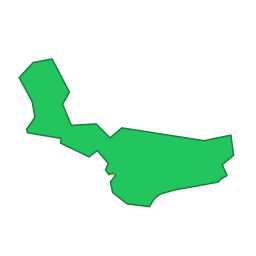 the district of Panyikang, Upper Nile, South Sudan, rotated 170°
{"feature_id": "79223893B85148589397174", "entity_name": "Panyikang", "entity_type": "district", "adm_level": 2, "iso_a3": "SSD", "parent_name": "South Sudan", "parent_adm1": "Upper Nile", "projection": "robinson", "projection_center": [31.399, 9.348], "detail": "fine", "context": "isolated", "style": "filled", "palette": "green", "viewbox_px": 256, "rotation_deg": 170, "n_neighbors": 0, "source": "geoboundaries", "source_scale": "gbopen_adm2", "svg_char_len": 747}
<svg xmlns="http://www.w3.org/2000/svg" viewBox="0 0 256 256"><g transform="rotate(170 128 128)"><path d="M27.9,103.1L55.3,102.3L91.9,114.8L134.1,129.2L147.4,121.4L158.7,137.6L183.3,140.4L188.3,162.8L179.4,173.4L190.8,209.2L209.9,209.0L226.4,196.5L217.8,170.7L217.8,154.8L228.1,144.2L227.7,140.7L195.8,129.4L196.9,124.7L171.3,106.3L162.2,111.1L153.6,96.7L157.4,90.4L155.0,85.4L150.6,86.2L148.5,83.4L154.7,78.0L154.3,67.1L142.0,53.4L120.3,46.8L118.1,49.7L116.3,51.6L114.0,53.9L112.5,55.0L111.0,55.6L108.6,56.9L106.4,57.4L104.1,57.8L101.1,58.1L98.1,58.3L95.3,58.6L92.2,58.9L83.8,58.9L48.6,59.1L47.6,59.8L46.3,60.8L43.9,62.2L41.8,63.0L40.0,63.3L38.7,64.2L41.6,75.5L28.8,82.7L27.9,103.1Z" fill="#22c55e" stroke="#15803d" stroke-width="1.5"/></g></svg>